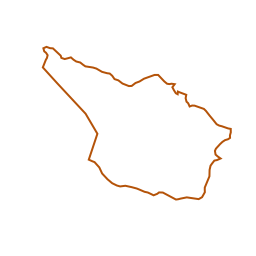 outline of Santa Cruz do Capibaribe, Pernambuco, Brazil, rotated 194°
{"feature_id": "56859067B39285037259201", "entity_name": "Santa Cruz do Capibaribe", "entity_type": "district", "adm_level": 2, "iso_a3": "BRA", "parent_name": "Brazil", "parent_adm1": "Pernambuco", "projection": "orthographic", "projection_center": [-36.328, -7.887], "detail": "fine", "context": "isolated", "style": "outline", "palette": "amber", "viewbox_px": 256, "rotation_deg": 194, "n_neighbors": 0, "source": "geoboundaries", "source_scale": "gbopen_adm2", "svg_char_len": 1480}
<svg xmlns="http://www.w3.org/2000/svg" viewBox="0 0 256 256"><g transform="rotate(194 128 128)"><path d="M59.9,72.2L54.2,74.9L42.2,76.1L39.4,78.8L37.9,84.3L38.6,86.7L39.1,88.8L37.3,100.8L38.7,107.1L38.8,111.4L37.9,113.7L36.3,117.3L33.9,118.4L30.8,120.8L34.1,122.1L36.6,123.4L38.1,126.8L37.7,129.2L34.8,134.6L33.0,137.4L30.9,139.7L28.2,141.3L26.6,143.1L27.3,145.5L27.2,148.6L28.1,152.0L30.7,151.8L37.4,152.4L40.1,152.4L42.9,153.1L48.3,157.2L51.6,159.6L56.6,163.5L59.0,164.9L68.8,165.8L71.2,165.3L73.4,163.8L75.6,166.6L77.6,167.7L79.3,170.9L79.5,174.3L86.4,175.1L88.4,175.4L88.0,172.8L90.0,173.3L92.7,175.9L94.8,178.3L93.3,181.8L96.4,181.5L98.5,180.6L100.8,180.4L104.1,182.0L111.6,186.8L115.1,185.9L124.4,179.7L128.1,175.9L131.6,173.5L134.6,169.7L137.3,168.9L144.1,169.8L148.9,171.9L152.9,172.2L156.0,174.9L158.9,176.4L161.5,176.1L166.8,176.2L173.0,178.0L176.6,178.2L178.9,178.0L181.0,177.8L184.3,177.5L186.9,178.5L190.2,180.0L194.3,180.0L197.4,181.1L200.5,182.7L203.1,181.2L206.1,179.6L209.6,179.9L210.8,181.9L220.1,187.1L223.0,186.6L226.7,187.0L229.4,184.9L227.8,182.1L225.8,181.2L223.6,179.2L223.6,176.3L224.2,174.3L225.3,166.2L214.4,158.9L207.5,154.3L172.6,131.6L156.3,115.0L158.4,87.8L154.6,87.1L152.2,86.8L146.3,82.8L142.1,77.6L135.5,73.3L130.0,70.6L124.9,69.5L121.5,69.4L116.6,71.3L110.3,71.5L104.9,71.4L102.0,71.0L96.5,70.1L93.2,70.2L90.1,69.6L86.9,68.9L83.7,71.2L82.3,73.0L78.6,73.8L64.2,70.2L62.1,71.0L59.9,72.2Z" fill="none" stroke="#b45309" stroke-width="2"/></g></svg>